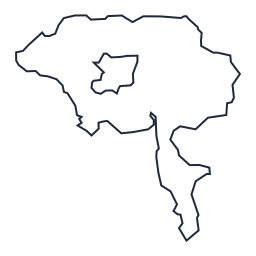 Kollo, Tillabéri, Niger (orthographic projection)
{"feature_id": "23599985B29201413246391", "entity_name": "Kollo", "entity_type": "district", "adm_level": 2, "iso_a3": "NER", "parent_name": "Niger", "parent_adm1": "Tillabéri", "projection": "orthographic", "projection_center": [2.24, 13.192], "detail": "fine", "context": "isolated", "style": "outline", "palette": "slate", "viewbox_px": 256, "rotation_deg": 0, "n_neighbors": 0, "source": "geoboundaries", "source_scale": "gbopen_adm2", "svg_char_len": 1574}
<svg xmlns="http://www.w3.org/2000/svg" viewBox="0 0 256 256"><path d="M42.2,32.5L28.9,44.6L22.9,50.9L16.1,52.4L16.2,60.6L18.6,64.9L26.7,71.3L35.6,71.0L40.2,75.4L47.7,76.3L56.5,79.2L62.6,85.5L63.9,91.9L67.4,93.1L75.4,105.8L77.0,115.2L81.6,116.9L79.2,118.9L81.6,122.8L77.6,125.5L86.6,130.8L91.5,135.5L98.7,128.7L98.5,122.7L103.2,121.5L107.2,120.9L121.3,133.3L133.0,132.1L148.2,129.3L153.8,124.7L153.8,120.0L150.3,115.8L151.0,112.9L155.6,116.8L156.4,135.8L158.8,148.5L156.6,151.3L156.3,157.0L158.4,172.8L161.3,185.5L170.6,191.4L177.0,204.4L173.5,211.0L177.5,214.3L180.5,214.6L182.5,223.3L179.0,228.1L186.5,240.6L193.5,234.7L198.6,230.4L198.4,228.6L197.0,217.9L198.5,215.1L191.5,194.4L194.4,185.3L195.7,181.2L206.6,174.0L209.9,174.0L209.3,167.6L199.5,165.0L189.7,165.1L179.0,155.4L178.0,150.0L170.3,139.6L173.7,130.7L180.2,126.3L195.6,129.3L207.9,117.7L226.3,115.0L227.1,103.3L231.7,102.2L233.9,97.8L233.3,92.1L232.5,84.9L239.9,74.0L230.9,62.0L230.3,55.5L217.2,52.6L213.4,52.7L201.2,46.0L201.0,40.4L201.7,33.0L198.1,29.4L197.7,27.2L188.9,19.2L186.3,16.2L184.2,16.3L180.8,18.0L160.7,16.4L143.3,16.3L132.5,22.1L121.8,15.5L107.9,16.1L105.2,18.9L90.9,19.6L86.2,15.4L82.7,15.4L74.6,15.5L63.8,18.1L58.5,25.3L55.3,33.6L49.2,36.1L44.8,35.9L42.2,32.5ZM93.8,62.6L98.8,62.6L103.8,53.7L106.7,53.6L111.2,57.4L120.9,56.9L126.9,55.9L137.5,55.7L137.4,61.8L132.9,73.8L133.4,82.6L130.5,85.4L120.1,86.1L118.8,88.1L116.9,93.5L112.2,90.4L105.6,90.6L100.7,93.8L95.5,92.4L91.5,87.8L92.1,82.5L93.5,80.8L100.6,79.9L101.8,74.1L103.8,72.4L93.8,62.6Z" fill="none" stroke="#1e293b" stroke-width="2"/></svg>